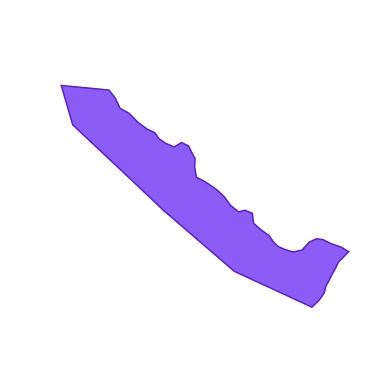 outline of Logradouro, Paraíba, Brazil, rotated 119°
{"feature_id": "56859067B98987286489864", "entity_name": "Logradouro", "entity_type": "district", "adm_level": 2, "iso_a3": "BRA", "parent_name": "Brazil", "parent_adm1": "Paraíba", "projection": "natural_earth1", "projection_center": [-35.434, -6.559], "detail": "fine", "context": "isolated", "style": "filled", "palette": "violet", "viewbox_px": 384, "rotation_deg": 119, "n_neighbors": 0, "source": "geoboundaries", "source_scale": "gbopen_adm2", "svg_char_len": 787}
<svg xmlns="http://www.w3.org/2000/svg" viewBox="0 0 384 384"><g transform="rotate(119 192 192)"><path d="M168.2,26.0L167.9,34.6L169.8,45.9L170.1,54.2L172.6,60.5L179.1,65.2L189.5,67.6L195.5,74.6L197.3,83.4L197.9,90.3L196.1,96.8L192.7,103.6L191.7,112.8L189.5,123.0L181.3,128.9L182.3,136.8L186.7,141.6L185.1,151.4L180.4,161.9L178.2,170.4L177.3,177.5L176.7,185.5L176.9,195.3L168.8,201.8L161.3,205.5L157.6,211.3L153.4,217.3L153.8,225.2L161.3,229.5L162.2,239.4L161.3,246.8L158.2,253.2L158.7,261.7L157.2,273.3L153.7,284.9L153.7,295.4L147.1,304.5L143.1,314.0L162.2,358.0L191.1,328.9L212.3,245.2L221.8,208.5L239.1,125.2L240.9,116.5L234.6,31.3L225.3,28.4L216.5,27.4L209.3,29.2L203.5,29.2L196.5,29.5L188.5,29.5L182.5,29.9L168.2,26.0Z" fill="#8b5cf6" stroke="#5b21b6" stroke-width="1.5"/></g></svg>